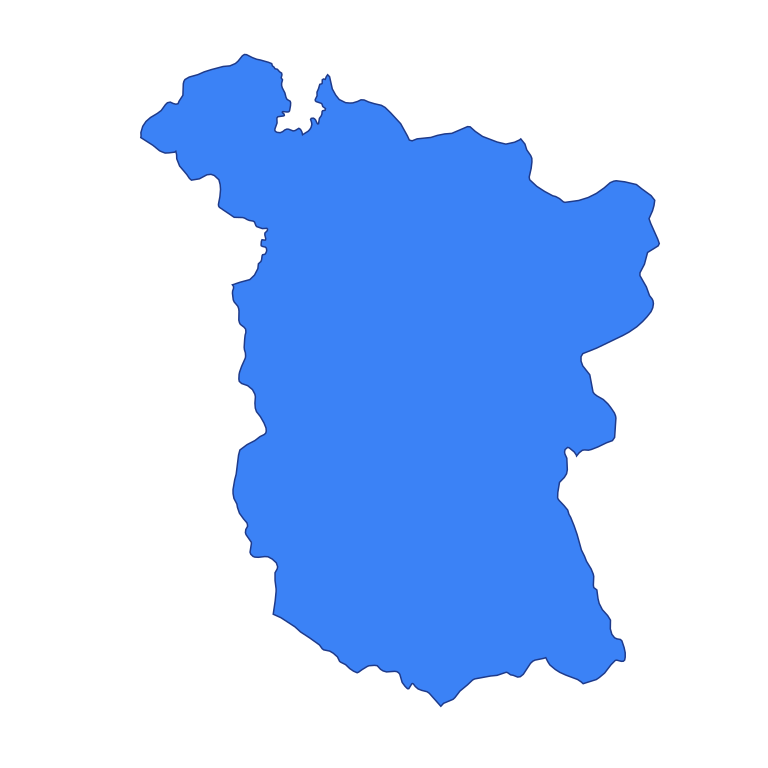 the district of Hoang Su Phi, Hà Giang, Vietnam, rotated 5°
{"feature_id": "81297802B55460345655510", "entity_name": "Hoang Su Phi", "entity_type": "district", "adm_level": 2, "iso_a3": "VNM", "parent_name": "Vietnam", "parent_adm1": "Hà Giang", "projection": "mercator", "projection_center": [104.663, 22.693], "detail": "fine", "context": "isolated", "style": "filled", "palette": "blue", "viewbox_px": 768, "rotation_deg": 5, "n_neighbors": 0, "source": "geoboundaries", "source_scale": "gbopen_adm2", "svg_char_len": 6127}
<svg xmlns="http://www.w3.org/2000/svg" viewBox="0 0 768 768"><g transform="rotate(5 384 384)"><path d="M595.1,532.1L589.5,517.1L585.7,508.6L581.6,500.6L579.6,497.7L578.0,493.6L573.9,489.4L568.9,485.0L567.6,483.6L566.9,482.3L566.6,477.0L567.4,466.7L571.8,461.3L573.7,457.5L574.1,453.4L572.6,442.0L570.3,437.9L569.8,436.0L570.1,433.5L572.4,431.2L574.0,431.4L579.4,435.1L581.8,438.0L582.1,438.9L584.5,435.4L587.4,432.7L589.5,432.2L593.5,432.1L596.2,431.2L602.5,428.1L610.9,423.1L616.5,420.5L618.4,417.1L618.0,397.8L617.5,395.7L616.0,392.7L612.2,388.0L609.0,384.5L603.9,380.4L597.2,377.3L594.4,375.5L592.9,373.7L588.2,356.9L580.4,348.6L578.3,344.0L577.9,339.6L579.4,336.4L592.7,329.7L618.4,314.4L623.6,310.9L630.8,305.0L636.2,299.2L640.1,294.2L643.7,288.7L645.1,284.6L645.4,280.5L644.7,277.6L643.6,275.8L640.8,272.8L636.9,264.4L629.5,253.7L629.3,250.9L633.0,242.0L635.1,230.0L645.1,222.5L646.0,220.1L644.0,215.7L635.7,200.8L633.6,196.2L636.4,188.0L637.4,182.7L637.7,177.4L633.7,173.1L623.6,167.0L618.1,163.3L606.2,161.6L597.6,161.3L595.2,161.9L591.8,163.7L586.3,169.4L579.0,175.6L571.2,180.4L562.0,184.2L548.4,187.3L546.8,186.9L542.7,184.0L538.7,182.3L535.7,181.8L527.3,178.2L519.0,173.8L511.3,167.8L510.6,165.2L511.8,156.4L512.0,149.9L511.6,146.3L510.2,143.6L505.8,138.3L503.5,132.7L498.9,127.9L497.8,129.0L492.9,131.8L484.5,134.4L475.7,133.1L460.6,128.8L452.9,124.4L447.4,120.3L444.8,120.3L429.7,128.4L422.6,129.6L415.5,131.7L409.2,134.3L395.6,136.9L390.8,139.3L388.0,138.8L385.7,134.8L377.9,123.2L367.0,113.3L361.0,108.4L357.1,106.6L350.0,105.6L344.1,104.4L339.5,102.8L336.3,102.9L333.1,104.8L328.4,106.7L325.5,107.1L321.2,107.1L314.6,104.5L310.7,100.4L306.8,94.6L303.0,82.6L300.9,80.8L299.7,82.9L298.9,85.7L297.2,85.4L296.0,86.3L296.2,89.8L295.9,90.3L293.9,91.1L293.0,95.5L291.8,99.1L292.2,102.7L290.7,106.6L290.9,107.8L291.8,108.6L296.8,109.8L297.8,110.5L298.8,112.9L301.7,114.7L301.4,116.5L299.1,117.1L298.6,117.9L298.6,120.6L298.1,122.3L296.5,125.0L296.1,130.4L295.3,130.7L294.6,130.0L292.8,126.9L291.6,125.8L290.4,125.3L288.4,125.7L287.8,126.8L289.0,129.6L289.5,131.7L289.0,134.7L287.9,136.9L286.4,138.8L281.1,142.8L280.4,140.4L279.7,139.2L278.6,137.6L276.9,136.7L273.3,139.3L271.4,139.8L266.8,138.5L265.1,138.5L263.1,139.5L261.1,141.4L258.7,142.7L255.3,142.6L253.9,141.8L253.2,141.0L253.1,139.5L254.7,133.3L254.1,128.4L255.0,127.0L260.6,125.7L261.3,125.2L261.0,123.9L259.1,122.5L259.1,121.7L259.6,121.4L263.4,121.5L264.9,121.3L265.6,120.9L266.1,120.1L266.6,114.9L266.5,112.0L265.9,110.5L262.6,108.9L261.4,107.0L259.9,102.7L256.9,97.9L256.0,95.6L255.8,93.3L256.4,89.8L254.9,88.0L255.4,84.9L254.9,83.2L252.7,82.0L250.4,79.8L247.9,79.4L246.8,77.9L245.1,76.8L244.2,74.6L240.9,73.6L232.6,72.0L228.9,71.6L224.4,70.3L218.4,67.9L216.2,67.9L214.3,69.4L210.4,75.2L208.0,77.7L202.8,80.5L196.1,81.7L184.7,85.8L177.7,88.7L171.7,92.0L163.2,95.2L159.2,98.0L158.3,99.9L157.9,102.3L158.5,113.9L155.2,120.1L154.4,122.7L152.3,123.4L149.5,122.9L146.5,121.8L143.7,122.7L141.9,124.8L138.2,131.0L134.6,134.2L128.1,138.9L124.0,143.2L121.2,148.3L119.9,154.7L120.4,158.2L120.2,159.7L132.9,166.3L140.1,171.2L142.3,172.0L145.8,173.0L149.5,172.5L155.2,171.3L156.3,170.3L157.4,173.6L157.9,177.7L161.4,184.7L169.3,192.5L172.3,196.2L174.4,197.7L182.2,195.7L189.4,191.0L193.4,190.2L196.8,191.1L201.7,194.9L203.4,199.6L204.2,204.4L204.2,211.6L203.4,219.5L203.7,221.1L204.7,222.4L220.2,231.0L228.8,230.5L230.7,230.9L233.3,232.1L235.6,232.8L239.3,233.1L240.8,233.8L242.6,237.4L243.5,238.3L249.3,239.8L253.7,239.1L254.5,239.8L254.4,241.3L252.2,244.0L252.3,245.9L253.5,249.4L253.4,250.8L253.0,251.1L249.9,250.9L249.4,252.6L249.4,255.7L249.6,256.9L250.7,257.5L254.0,258.0L255.0,259.0L255.5,261.1L255.3,262.6L254.6,264.4L253.9,265.2L251.8,265.8L251.4,266.8L251.2,271.0L250.7,272.7L248.4,275.2L248.3,280.0L245.5,286.8L241.2,291.7L231.9,295.1L224.3,298.4L225.5,299.8L225.7,300.5L225.7,302.1L225.1,304.5L225.1,306.8L226.5,313.3L227.6,315.3L231.6,319.3L232.7,321.7L233.2,324.1L233.8,333.0L234.7,335.6L235.8,337.2L239.6,339.6L241.3,341.3L241.7,343.0L241.9,344.8L241.4,347.4L241.3,351.6L241.5,359.6L242.0,362.1L243.2,365.0L243.7,368.3L243.6,370.2L240.6,378.9L239.1,384.7L238.8,387.2L239.0,391.8L239.6,394.0L242.1,395.9L248.3,397.5L253.5,401.1L255.3,403.9L256.3,405.5L257.0,408.0L257.1,414.4L257.9,419.3L259.4,422.7L263.7,427.3L267.8,433.2L270.3,438.1L270.8,441.1L270.5,443.1L269.2,444.7L265.1,447.2L260.3,451.6L252.9,456.3L246.2,462.3L245.3,467.4L244.6,486.7L243.6,492.6L242.8,502.3L243.2,506.4L244.5,511.1L247.9,516.4L248.8,519.8L251.3,525.4L255.9,530.7L259.5,534.2L260.2,535.9L260.5,537.7L259.0,541.0L258.9,544.2L259.7,546.1L265.6,553.2L265.8,554.7L265.2,563.2L266.1,565.2L268.6,567.2L270.4,567.7L273.9,567.6L280.3,566.3L283.5,566.2L288.0,568.2L292.3,571.5L294.0,575.4L293.7,577.6L291.9,581.5L292.6,589.3L294.4,597.6L294.6,600.1L294.5,609.5L293.7,623.0L301.7,625.8L316.5,633.7L322.5,638.3L332.2,643.5L342.5,649.6L345.5,653.1L347.1,654.1L353.2,654.8L356.9,656.6L361.4,659.9L363.9,664.1L365.1,664.9L370.2,666.9L374.7,670.5L378.6,672.7L382.4,674.0L383.9,673.2L387.0,670.5L391.7,667.0L393.5,666.0L399.0,665.1L401.8,665.2L405.4,668.5L408.1,669.9L411.6,670.6L419.7,669.3L421.8,669.4L423.6,670.3L425.0,671.7L428.1,679.7L431.2,683.2L433.3,685.0L434.4,685.6L435.3,685.3L437.8,680.3L438.3,679.9L439.4,680.2L441.5,682.6L444.5,684.8L448.2,685.9L453.7,686.8L456.0,688.1L468.7,700.1L471.2,696.9L480.4,692.0L482.0,690.2L486.4,683.3L493.4,676.4L498.0,671.2L500.0,669.9L515.6,665.6L522.0,664.4L530.9,660.5L532.1,660.7L535.5,662.7L538.0,662.9L542.7,664.3L545.3,663.7L548.1,661.0L554.3,649.5L556.4,647.2L558.5,645.9L567.0,643.4L569.0,642.5L571.4,646.4L573.7,649.4L579.4,653.4L584.2,655.9L590.4,658.1L602.6,661.5L606.4,663.6L608.5,665.2L621.3,659.9L624.2,657.5L629.0,652.7L634.6,643.9L638.5,639.2L639.9,638.8L644.7,639.6L646.6,639.3L647.8,638.0L648.1,635.0L647.7,630.7L646.2,625.7L643.4,619.2L641.8,617.9L638.3,617.6L635.8,616.7L632.8,613.5L630.8,608.2L630.2,599.5L627.0,595.2L621.2,589.8L617.5,583.9L615.9,579.2L614.0,570.6L610.7,568.5L610.1,566.1L609.7,557.4L609.0,555.1L606.5,550.2L601.2,543.0L598.7,538.0L595.1,532.1Z" fill="#3b82f6" stroke="#1e3a8a" stroke-width="1.5"/></g></svg>